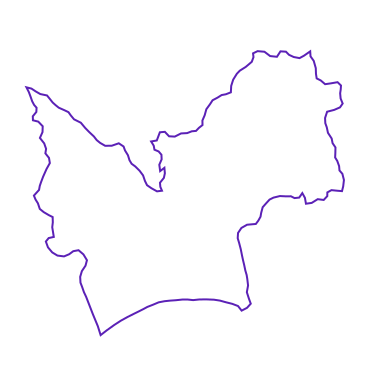 Tijucas, Santa Catarina, Brazil (orthographic projection), rotated 85°
{"feature_id": "56859067B7676071036487", "entity_name": "Tijucas", "entity_type": "district", "adm_level": 2, "iso_a3": "BRA", "parent_name": "Brazil", "parent_adm1": "Santa Catarina", "projection": "orthographic", "projection_center": [-48.711, -27.244], "detail": "fine", "context": "isolated", "style": "outline", "palette": "violet", "viewbox_px": 384, "rotation_deg": 85, "n_neighbors": 0, "source": "geoboundaries", "source_scale": "gbopen_adm2", "svg_char_len": 2942}
<svg xmlns="http://www.w3.org/2000/svg" viewBox="0 0 384 384"><g transform="rotate(85 192 192)"><path d="M282.3,308.4L287.2,306.6L305.1,301.4L317.5,297.5L326.6,295.5L322.4,289.0L317.6,280.9L314.0,274.1L310.9,267.1L308.2,260.3L306.3,255.4L304.3,250.4L302.6,246.5L300.9,240.7L299.0,234.8L298.4,228.9L298.3,223.3L298.4,217.9L298.3,210.5L298.8,205.4L299.8,200.3L299.7,194.2L300.2,187.3L301.2,179.5L302.6,173.7L304.8,167.8L306.9,161.7L309.6,156.1L314.5,152.9L312.2,147.3L308.4,143.2L303.2,144.6L296.6,146.1L290.0,144.3L283.4,144.5L279.4,144.8L274.9,145.7L269.1,146.4L264.4,147.1L259.7,147.7L253.3,148.4L246.8,149.5L242.0,150.5L236.8,149.7L232.1,145.9L229.4,140.0L229.4,131.2L226.4,128.5L222.6,125.9L218.8,124.9L213.3,122.9L209.7,119.1L206.3,115.4L204.7,111.3L203.7,104.8L204.5,98.9L204.9,93.8L207.0,90.4L206.9,85.7L202.7,82.2L207.7,80.0L213.6,79.5L213.3,73.7L210.1,67.4L211.4,61.5L207.9,57.6L204.2,57.2L202.3,52.9L203.3,47.7L204.2,42.5L199.6,40.9L193.3,39.6L187.0,40.6L183.4,43.2L179.0,43.2L173.7,44.6L170.1,46.4L165.6,45.8L160.1,45.2L155.6,47.7L150.9,48.2L144.9,51.4L139.3,52.1L135.1,53.2L129.9,53.0L123.8,50.4L122.6,43.2L120.6,37.2L117.0,34.2L111.8,35.8L106.5,35.8L102.8,34.9L98.9,34.3L95.3,37.4L95.9,44.6L96.2,50.0L92.1,54.0L89.7,57.9L85.1,58.2L79.4,57.9L72.0,59.3L67.2,62.1L62.2,62.0L66.0,68.6L68.0,73.2L66.4,78.9L63.8,83.4L60.4,86.2L59.6,91.6L64.7,95.6L63.4,102.3L58.6,107.6L57.4,114.4L59.2,119.1L63.0,119.0L67.5,121.1L72.1,127.6L75.3,133.8L78.1,137.0L83.7,141.2L89.7,143.7L96.1,144.6L97.6,149.8L98.0,154.0L100.2,158.3L102.4,163.5L106.1,166.4L110.8,170.5L116.7,172.7L121.7,175.4L126.2,175.7L128.7,179.5L131.5,182.7L131.5,186.9L132.9,191.7L132.7,197.8L135.3,204.3L134.5,210.0L129.7,213.8L129.7,218.8L134.3,221.0L137.6,222.6L138.1,228.3L142.5,226.1L146.6,225.7L148.7,221.7L152.2,219.2L156.8,219.4L162.0,222.2L168.4,221.9L165.5,217.4L171.0,217.4L175.5,218.8L180.0,223.1L184.1,223.1L188.1,221.8L188.3,226.8L184.7,232.1L181.3,236.2L176.9,237.9L171.2,239.3L166.2,242.4L161.6,246.3L158.6,249.7L154.9,251.5L149.8,252.6L144.8,255.1L140.7,256.2L137.1,260.7L138.9,267.9L138.4,274.5L135.1,279.2L132.0,282.4L128.1,284.9L123.3,289.2L118.9,292.8L113.3,296.7L109.3,303.2L105.1,306.1L101.7,308.1L99.5,311.8L96.4,317.4L93.6,320.3L90.7,323.0L86.6,325.7L83.2,328.0L81.2,334.6L78.2,338.9L75.0,342.9L73.3,347.8L78.3,345.8L83.0,344.5L87.7,343.3L91.5,341.7L94.5,339.5L98.7,340.1L102.7,344.0L106.7,344.2L108.5,339.0L113.5,335.0L119.3,335.7L124.9,338.8L130.7,335.0L136.3,333.6L140.7,334.7L145.6,331.5L150.8,331.1L156.4,334.9L163.8,339.0L169.0,341.5L172.6,343.1L176.6,344.2L181.8,349.8L185.9,348.5L189.8,346.5L195.6,345.1L199.1,341.5L202.6,336.6L204.8,333.0L210.1,333.3L214.9,334.3L219.0,334.0L224.7,333.6L225.4,338.8L228.6,341.9L234.6,340.3L240.0,336.5L243.6,331.6L245.0,325.1L243.3,319.8L240.6,315.4L240.1,310.1L244.7,305.6L250.8,302.6L256.1,304.5L261.2,308.6L266.8,310.8L272.6,311.0L277.1,309.7L282.3,308.4Z" fill="none" stroke="#5b21b6" stroke-width="2"/></g></svg>